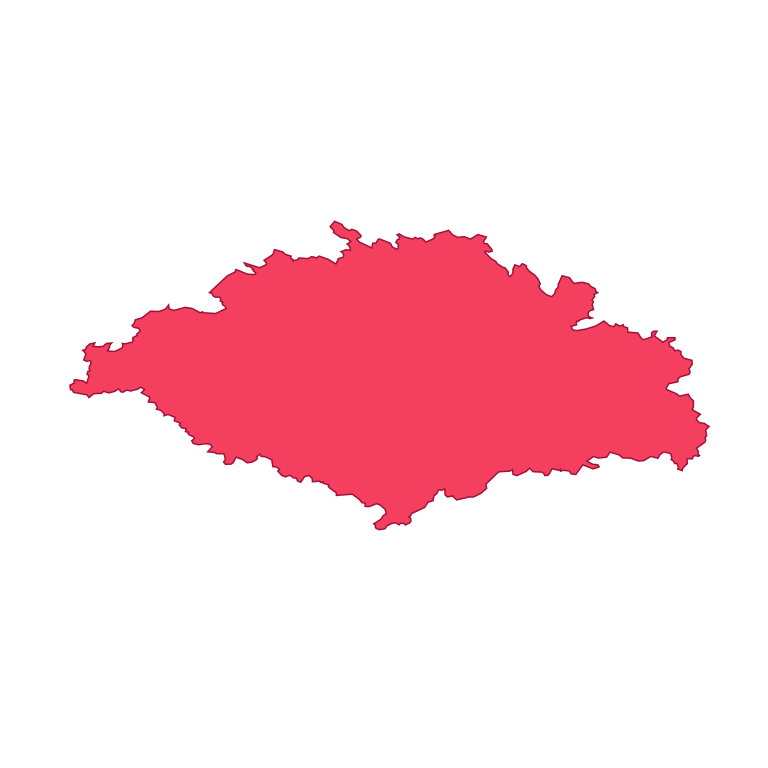 Bailieborough - Cootehill Lea-6, Cavan, Ireland (Equal Earth projection), rotated 163°
{"feature_id": "5873133B65696194477644", "entity_name": "Bailieborough - Cootehill Lea-6", "entity_type": "district", "adm_level": 2, "iso_a3": "IRL", "parent_name": "Ireland", "parent_adm1": "Cavan", "projection": "equal_earth", "projection_center": [-7.085, 53.987], "detail": "fine", "context": "isolated", "style": "filled", "palette": "rose", "viewbox_px": 768, "rotation_deg": 163, "n_neighbors": 0, "source": "geoboundaries", "source_scale": "gbopen_adm2", "svg_char_len": 6138}
<svg xmlns="http://www.w3.org/2000/svg" viewBox="0 0 768 768"><g transform="rotate(163 384 384)"><path d="M131.5,227.7L129.9,225.9L129.2,223.0L127.1,222.3L126.7,218.5L128.0,216.8L124.3,214.0L122.7,216.3L117.3,219.1L116.3,223.1L115.4,223.7L110.9,222.3L109.2,224.5L107.9,224.7L104.2,222.9L103.1,223.4L104.4,225.2L103.1,227.3L104.0,231.2L94.2,234.5L92.8,236.2L92.5,239.3L90.6,240.0L89.8,246.1L85.6,248.3L89.2,252.7L93.5,254.7L95.2,257.4L95.4,259.9L90.3,262.6L96.9,269.4L95.0,271.2L93.0,277.3L95.1,281.0L96.0,285.3L105.0,286.0L107.1,289.1L115.4,296.1L115.5,297.4L111.6,301.0L102.3,300.2L101.1,303.2L98.5,304.3L89.2,304.1L87.8,306.1L87.9,309.3L83.6,312.6L82.6,316.6L89.7,321.0L91.5,325.5L90.5,328.2L92.8,330.4L96.3,330.8L96.9,334.0L99.7,336.9L99.5,340.3L92.8,341.1L92.2,343.2L99.4,345.4L100.1,343.7L105.0,342.4L111.4,350.9L107.5,354.7L110.8,355.7L113.1,354.7L114.1,350.8L122.9,350.4L124.7,352.8L126.3,358.6L135.7,362.3L134.7,366.5L137.9,368.6L137.9,370.7L141.6,370.3L144.7,373.8L147.4,371.6L151.3,373.9L155.2,379.9L164.2,377.6L174.6,377.5L183.1,378.5L187.6,380.3L188.2,384.4L182.5,384.3L182.1,387.1L181.0,387.9L179.8,386.9L177.8,388.1L170.5,388.1L168.1,386.4L165.6,386.3L168.7,388.7L168.2,392.2L165.7,393.9L161.8,393.9L161.7,398.9L159.8,401.6L160.5,403.5L156.9,406.2L157.1,408.3L153.0,408.9L154.2,410.3L154.3,413.5L157.4,416.5L159.2,420.0L164.6,423.3L173.2,424.8L175.5,431.4L182.0,435.4L188.2,428.4L189.2,425.5L192.1,424.1L194.3,420.7L198.1,418.4L202.7,422.0L206.7,428.5L207.2,432.2L205.3,434.1L206.2,440.0L208.0,444.0L211.9,449.1L213.8,453.5L213.3,455.4L213.9,456.2L216.5,458.6L220.1,456.7L224.0,459.7L227.0,456.3L228.4,452.2L231.5,450.0L233.0,451.1L233.5,452.6L232.4,454.6L234.4,460.0L235.6,460.2L240.8,466.2L241.2,468.4L245.1,472.9L249.1,480.8L247.5,481.3L245.2,479.5L241.7,479.4L241.7,481.7L244.4,488.1L247.4,489.2L247.4,490.9L243.1,494.6L250.6,499.5L258.8,497.3L264.2,501.4L270.4,502.6L274.6,506.4L277.3,512.0L291.9,512.3L292.7,511.5L291.9,510.5L294.3,508.5L302.4,507.5L304.8,511.9L306.9,513.2L308.9,512.8L311.3,515.1L314.2,514.2L321.6,518.7L325.6,523.1L327.8,522.9L326.2,519.5L326.9,518.0L328.8,518.3L331.3,515.9L329.5,513.3L330.9,509.5L332.1,508.9L336.0,512.6L336.7,516.7L345.6,523.8L347.1,524.2L350.4,521.2L353.8,521.9L355.7,517.6L365.9,526.7L367.7,530.6L363.5,531.3L362.6,532.7L365.3,538.1L369.5,541.3L372.5,540.8L376.6,545.5L377.6,548.9L383.6,554.0L389.5,550.2L387.0,545.1L388.0,543.7L382.4,536.7L376.6,533.7L374.0,529.8L378.3,528.7L376.7,525.6L376.9,521.7L381.2,523.5L386.4,523.2L385.0,521.4L385.0,518.3L386.3,517.1L390.9,517.3L394.8,512.8L401.1,519.7L408.7,525.3L411.5,524.3L415.8,527.0L420.0,526.1L428.4,529.4L430.7,528.1L435.1,528.4L434.6,529.7L436.7,531.4L435.4,533.4L440.5,536.9L442.3,540.0L449.5,544.6L451.5,541.2L453.9,539.8L462.5,537.4L460.9,534.0L462.2,532.5L468.9,531.5L482.2,540.6L481.1,537.0L477.7,535.3L476.0,533.0L476.4,531.9L475.2,531.6L475.9,530.2L474.1,527.9L475.6,526.4L482.5,529.0L492.1,536.8L493.8,534.6L502.3,533.2L524.2,522.4L522.2,521.0L521.4,517.8L519.9,516.3L515.9,515.3L515.2,513.0L516.4,511.4L514.3,509.5L515.2,508.8L515.1,506.8L513.4,504.9L512.8,502.4L524.3,500.6L535.4,504.7L536.5,506.1L538.9,505.8L545.4,512.3L551.6,515.4L563.5,515.8L567.6,518.7L566.9,522.5L570.7,519.7L574.3,519.2L578.2,519.2L586.0,521.9L596.2,518.0L602.9,518.1L605.5,514.8L607.9,513.5L606.4,511.2L602.3,509.0L601.7,505.9L605.8,504.1L605.9,502.6L610.6,501.8L611.3,500.3L610.8,498.9L612.5,497.7L619.9,498.1L622.3,499.3L622.7,496.4L624.3,495.0L632.1,493.8L636.6,495.6L638.6,496.6L636.0,498.9L634.7,501.6L632.5,502.8L637.5,503.9L641.6,502.1L647.1,503.3L651.1,505.2L648.5,507.9L654.0,508.3L658.0,506.2L659.3,504.3L662.3,504.3L660.1,500.1L664.1,494.7L661.6,492.6L658.4,492.5L657.8,491.6L658.7,488.1L660.2,487.6L661.6,484.7L661.3,482.5L663.5,482.6L665.1,480.1L663.7,478.1L668.2,471.6L670.5,474.7L678.3,478.6L679.3,478.1L680.1,475.5L684.8,474.6L685.4,470.1L683.9,469.8L683.2,466.7L671.2,460.5L670.1,457.3L664.4,459.6L656.9,457.7L654.3,459.0L649.8,456.0L643.7,455.7L639.8,456.8L638.5,455.8L638.1,453.7L636.2,452.5L631.7,453.4L628.4,451.4L620.8,451.1L617.5,452.1L614.6,448.8L618.6,446.6L611.7,439.7L614.7,435.7L608.6,433.2L607.5,428.0L609.0,426.5L605.1,424.1L603.1,420.4L603.6,417.9L599.4,418.0L593.6,413.2L595.3,410.2L590.1,406.1L591.7,404.7L590.3,401.3L586.2,399.1L587.8,396.5L584.9,394.9L585.8,393.8L585.4,392.6L580.9,388.4L581.3,387.2L584.5,385.9L583.8,382.9L579.3,380.2L572.1,379.1L567.9,377.2L566.6,374.2L572.4,370.7L565.9,368.0L564.6,366.4L557.4,364.0L557.7,358.4L560.2,356.2L559.1,353.6L553.7,352.1L551.5,352.7L546.9,357.2L541.4,353.2L537.9,348.6L533.4,347.9L528.6,348.7L526.9,349.8L527.2,351.6L523.2,353.2L522.5,350.6L519.1,349.3L513.5,344.5L514.4,337.4L511.0,336.1L509.4,333.9L509.0,333.0L511.0,331.8L508.6,326.6L505.4,324.0L501.3,324.3L499.4,323.0L498.3,320.9L495.1,319.4L495.1,316.6L492.4,314.4L486.9,318.7L482.2,318.3L480.3,314.6L481.0,311.4L474.0,310.0L473.4,308.4L470.7,308.1L471.2,306.8L466.3,303.8L467.2,302.5L466.5,300.6L461.3,293.7L462.2,291.4L446.5,287.9L441.3,280.7L439.8,277.0L436.7,275.4L437.9,272.7L436.7,272.0L433.6,271.1L426.4,271.7L423.4,269.9L419.6,264.0L419.7,259.4L423.5,258.2L426.3,255.6L434.7,253.3L433.4,251.5L434.1,250.1L433.8,248.3L431.1,246.1L425.4,245.3L422.8,247.4L417.3,248.4L413.6,248.0L410.7,244.9L409.4,245.9L405.8,245.0L404.9,243.0L400.3,243.6L398.3,245.0L397.8,247.8L399.1,249.7L397.1,250.1L395.8,252.0L381.3,254.1L376.3,258.2L371.3,258.0L369.0,262.3L365.9,263.6L362.5,266.9L359.9,265.5L356.6,265.8L358.0,260.0L356.2,257.4L351.2,256.9L348.4,251.9L335.7,251.1L331.5,249.8L323.3,251.1L316.4,254.2L315.7,258.5L300.0,266.5L289.0,263.9L286.2,264.4L287.0,259.8L283.6,257.6L273.3,258.9L269.5,261.0L267.0,256.5L259.1,253.7L257.3,251.9L257.1,249.5L254.4,248.8L252.9,249.1L248.1,253.8L241.4,250.0L240.5,250.8L240.5,248.9L238.3,249.2L232.2,246.7L231.3,243.4L227.1,241.4L217.5,248.6L209.0,241.8L203.7,241.7L202.4,242.1L203.3,244.4L207.8,246.1L212.5,250.9L204.8,253.4L200.6,250.5L192.5,248.9L187.7,252.7L179.8,247.4L177.5,243.6L169.8,240.9L163.1,235.9L157.7,234.8L150.0,236.8L143.8,232.9L141.1,235.5L136.4,237.4L130.2,233.6L130.3,229.1L131.5,227.7Z" fill="#f43f5e" stroke="#9f1239" stroke-width="1.5"/></g></svg>